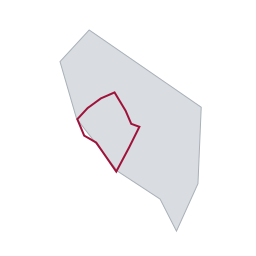 where Saint John sits in Grenada, rotated 298°
{"feature_id": "GRD-5073", "entity_name": "Saint John", "entity_type": "Parish", "adm_level": 1, "iso_a3": "GRD", "parent_name": "Grenada", "parent_adm1": "", "projection": "orthographic", "projection_center": [-61.707, 12.147], "detail": "fine", "context": "in_parent", "style": "outline", "palette": "rose", "viewbox_px": 256, "rotation_deg": 298, "n_neighbors": 0, "source": "natural_earth", "source_scale": "10m", "svg_char_len": 467}
<svg xmlns="http://www.w3.org/2000/svg" viewBox="0 0 256 256"><g transform="rotate(298 128 128)"><path d="M111.7,215.9L59.7,219.2L80.3,189.7L84.9,139.4L112.1,78.2L154.7,36.8L196.3,47.7L180.7,182.9L111.7,215.9Z" fill="#d9dde1" stroke="#a8b0b8" stroke-width="1"/><path d="M84.0,138.1L100.2,106.8L100.7,92.9L112.0,79.1L126.7,83.0L141.5,90.2L153.1,99.4L142.1,117.8L133.2,128.9L134.4,137.5L111.3,138.1L84.0,138.1Z" fill="none" stroke="#9f1239" stroke-width="2"/></g></svg>